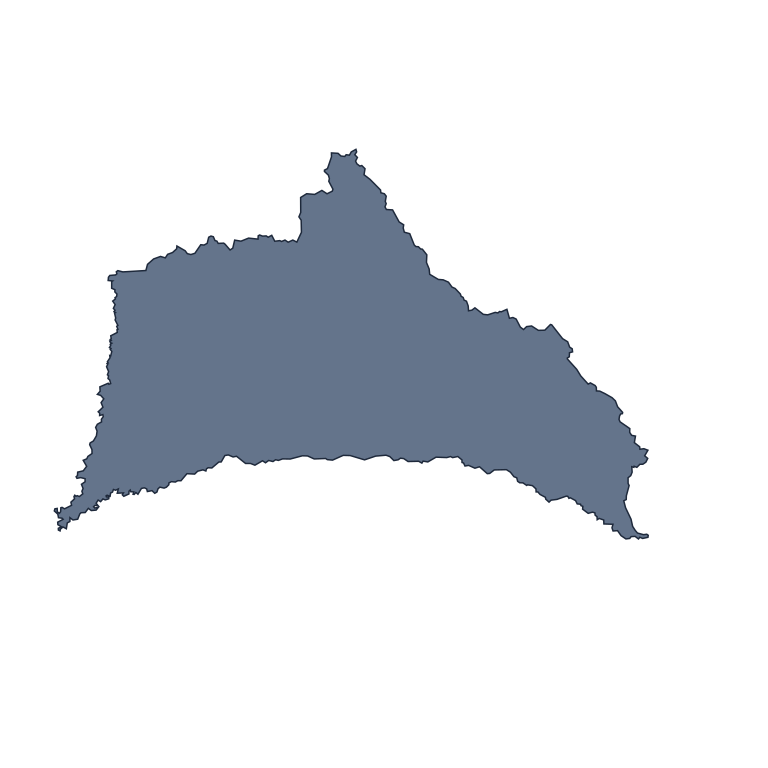 the district of Uribe, Meta, Colombia, rotated 104°
{"feature_id": "7082276B13422583014597", "entity_name": "Uribe", "entity_type": "district", "adm_level": 2, "iso_a3": "COL", "parent_name": "Colombia", "parent_adm1": "Meta", "projection": "mercator", "projection_center": [-74.312, 3.147], "detail": "fine", "context": "isolated", "style": "filled", "palette": "slate", "viewbox_px": 768, "rotation_deg": 104, "n_neighbors": 0, "source": "geoboundaries", "source_scale": "gbopen_adm2", "svg_char_len": 6164}
<svg xmlns="http://www.w3.org/2000/svg" viewBox="0 0 768 768"><g transform="rotate(104 384 384)"><path d="M163.1,468.0L166.7,471.9L170.3,472.9L170.7,476.2L172.7,477.1L173.2,480.9L171.3,484.4L172.5,490.9L176.3,489.9L187.2,490.8L188.7,491.0L190.9,493.5L192.2,493.2L194.8,488.5L197.9,486.7L200.7,486.6L207.3,480.7L209.4,480.8L213.2,485.3L211.2,491.1L216.8,497.1L218.1,505.1L223.2,510.0L237.7,506.3L242.4,507.0L245.1,504.0L256.8,500.8L267.4,502.9L266.4,507.3L269.6,511.3L268.3,514.9L270.5,517.9L270.1,519.8L271.9,524.5L266.9,528.9L269.6,531.9L268.8,534.1L269.9,537.6L269.5,540.7L270.6,541.9L273.9,541.3L275.2,550.7L280.0,557.3L280.5,563.7L288.8,563.6L291.2,565.8L286.8,572.0L286.1,573.6L287.7,578.9L285.8,580.7L285.7,582.7L282.4,585.2L282.3,587.7L284.0,589.6L290.3,589.6L292.7,592.2L293.2,595.5L302.9,599.1L305.1,602.7L305.1,606.4L302.8,609.2L300.2,618.3L303.0,617.9L307.6,621.0L310.5,625.3L314.5,626.7L314.3,631.7L318.4,637.8L325.1,642.4L331.5,642.5L338.4,664.5L338.4,669.7L339.9,670.9L341.7,669.8L343.1,670.8L345.0,676.3L347.1,677.2L350.3,676.7L349.7,672.3L350.5,673.0L357.0,671.4L357.6,667.9L359.8,667.4L361.3,664.9L363.8,664.6L365.3,665.9L366.4,665.2L369.2,667.3L372.0,664.1L376.1,664.9L377.5,662.8L379.0,663.5L379.7,661.9L380.2,662.7L384.9,660.3L386.9,660.4L391.5,656.4L392.7,657.3L395.3,655.4L395.9,656.2L398.5,655.3L403.3,660.8L406.1,659.6L407.0,660.4L407.8,659.2L408.6,660.5L410.1,659.4L410.3,658.0L411.8,659.2L412.8,658.5L415.1,659.2L415.6,657.5L416.7,658.0L418.2,656.0L422.8,656.0L422.7,657.0L424.8,656.2L429.3,657.8L430.3,656.7L431.1,657.7L431.9,656.8L434.3,657.4L438.6,654.2L442.0,654.6L442.6,653.3L445.5,653.1L446.4,651.2L449.7,649.3L450.8,650.9L450.0,651.8L455.5,659.0L459.7,657.7L463.4,659.6L463.6,656.1L466.2,652.3L470.5,654.0L474.5,651.1L480.1,654.6L481.1,652.8L483.4,652.3L481.7,649.4L483.6,648.5L486.6,649.7L489.1,648.9L492.4,652.4L495.9,653.3L499.1,651.0L503.9,650.5L509.6,652.2L512.3,654.9L514.1,654.9L518.3,651.5L522.1,650.5L525.9,653.8L528.5,654.3L530.8,657.4L535.8,652.6L541.0,654.8L543.6,659.9L547.0,659.3L548.5,660.3L549.8,659.1L548.2,655.7L548.2,651.1L551.2,650.4L554.5,653.3L558.2,650.7L561.1,651.2L563.5,649.7L566.9,652.4L566.6,654.7L567.5,655.8L566.7,657.1L568.2,657.6L570.3,656.5L574.4,659.2L577.3,657.8L582.4,663.8L581.6,666.5L582.2,667.6L586.2,666.9L587.9,667.7L587.1,670.0L583.8,671.0L584.7,673.1L586.9,673.2L589.2,669.0L592.5,667.5L592.1,663.9L592.9,662.6L597.0,667.2L599.4,666.4L600.5,662.5L602.8,665.1L604.5,664.6L604.9,662.8L603.2,662.9L600.4,660.9L601.3,657.2L595.4,657.7L593.4,655.5L589.7,656.4L591.2,652.9L589.3,648.5L583.6,647.7L582.2,646.8L581.0,642.8L576.2,640.8L577.6,637.4L576.0,632.8L572.9,631.4L574.3,634.7L573.3,636.1L571.6,635.0L571.4,631.8L569.3,634.5L565.8,633.3L566.7,630.5L563.5,628.9L563.9,626.5L562.0,623.3L560.3,623.5L560.7,626.0L559.8,626.6L558.9,625.8L559.2,622.6L555.9,622.9L554.6,621.3L551.8,621.0L552.0,618.7L550.1,616.4L554.5,616.4L552.7,610.5L554.8,611.1L555.9,609.3L552.4,604.9L549.7,605.5L548.3,604.6L549.8,603.7L549.2,600.7L551.7,600.8L551.6,599.7L549.3,598.5L550.5,596.1L544.0,594.1L542.7,591.4L543.2,588.9L545.6,587.6L543.6,583.3L545.5,580.0L543.8,578.2L540.3,577.9L538.3,576.5L538.2,572.2L536.8,570.2L533.8,568.4L532.1,568.8L530.2,566.7L529.6,562.7L527.7,560.7L527.0,557.6L518.7,553.5L517.2,545.9L513.7,543.7L511.1,538.9L511.5,535.8L509.2,535.7L507.8,534.4L507.1,530.7L499.7,525.4L499.0,523.1L491.9,521.1L490.5,517.9L491.3,512.8L489.8,509.6L494.6,499.1L493.4,494.3L494.0,489.6L487.9,483.3L489.1,479.9L486.1,477.4L486.1,473.0L483.7,470.8L483.7,468.0L481.2,464.3L479.5,456.9L473.4,445.8L472.3,440.8L473.6,433.6L470.4,422.6L471.1,420.7L470.3,415.5L463.1,406.3L461.6,399.5L462.3,384.5L456.0,374.7L452.6,364.8L453.0,360.8L455.9,355.9L454.1,351.9L452.0,350.1L451.6,346.8L453.4,341.9L450.6,331.7L451.6,328.1L449.4,327.4L449.0,322.6L442.4,315.8L440.2,305.3L438.3,301.9L438.8,299.6L436.5,294.8L438.8,290.0L441.3,289.3L441.4,287.7L444.0,285.6L442.5,282.2L443.7,275.4L441.2,271.3L446.0,262.1L445.2,259.8L440.7,256.2L437.5,244.5L439.0,240.0L442.5,235.5L442.9,232.5L446.1,230.8L447.0,228.4L446.3,225.3L447.9,221.0L447.1,220.3L446.7,215.4L449.0,211.2L451.9,210.3L451.5,208.6L453.4,205.9L454.9,200.0L456.6,199.2L458.7,195.3L456.3,193.8L454.1,188.2L448.7,180.0L448.5,178.5L450.2,176.9L449.3,175.8L450.8,169.9L453.6,167.5L453.1,164.2L454.4,163.4L454.6,161.5L457.4,161.0L460.1,154.6L457.9,150.7L458.0,148.2L460.2,147.4L461.2,145.2L464.1,144.3L462.4,142.7L462.8,137.9L466.6,136.8L464.7,127.9L468.4,128.0L471.2,126.2L469.8,121.9L473.8,117.3L475.8,111.8L474.4,108.2L472.3,107.3L471.1,103.5L472.8,99.6L470.8,98.7L471.3,95.7L468.9,90.8L466.9,91.0L466.2,92.7L467.4,95.7L467.3,102.0L465.2,104.9L462.0,108.3L455.4,111.6L445.6,119.7L439.3,123.1L437.5,121.0L433.9,121.8L423.2,121.6L421.4,123.1L415.9,124.5L413.2,122.4L409.5,121.9L404.3,123.6L404.4,121.4L403.3,121.4L403.7,118.5L400.0,116.3L399.2,113.4L396.5,111.0L392.4,110.1L390.6,113.7L384.4,111.9L383.9,116.2L385.4,119.9L383.1,120.7L380.3,126.9L373.7,127.4L373.9,131.3L371.5,133.9L367.8,134.7L363.6,145.8L361.5,147.4L358.0,147.7L355.8,147.1L355.1,145.5L353.8,145.6L349.6,151.8L344.4,155.4L342.1,159.4L340.0,166.9L338.7,172.9L339.3,176.2L335.8,177.2L334.4,178.8L333.0,184.0L334.7,185.9L328.6,195.0L323.2,200.5L315.3,212.2L314.4,212.4L312.8,210.8L308.8,211.6L307.2,208.8L304.3,209.9L303.3,212.8L298.6,216.0L296.8,221.7L286.0,235.6L286.0,236.9L292.9,241.0L294.6,247.2L292.0,254.8L293.8,259.5L297.4,261.8L295.8,265.5L289.0,271.5L288.3,275.0L289.9,278.2L281.8,282.8L285.6,287.7L285.7,289.4L287.5,290.7L287.6,293.4L291.8,300.1L292.4,304.5L288.1,314.2L291.1,316.6L292.5,319.7L287.9,321.2L283.7,324.0L283.2,326.6L280.9,328.1L280.2,330.4L278.2,331.7L274.1,338.1L273.5,341.5L269.6,346.1L268.6,351.8L269.4,356.6L266.5,366.2L261.5,368.0L255.8,372.2L248.3,373.7L243.9,379.4L244.1,381.2L242.5,383.8L242.9,386.4L241.8,388.3L231.9,395.4L231.8,401.0L228.0,403.1L224.8,403.4L223.1,408.5L213.0,417.8L214.1,423.9L211.9,425.9L208.5,425.5L206.6,426.9L201.2,427.3L199.3,429.7L199.2,433.3L196.6,434.3L188.8,447.1L185.8,454.0L179.7,454.5L177.4,458.4L178.4,460.2L176.9,463.6L174.6,465.5L170.6,464.6L168.6,467.8L165.4,466.7L163.1,468.0Z" fill="#64748b" stroke="#1e293b" stroke-width="1.5"/></g></svg>